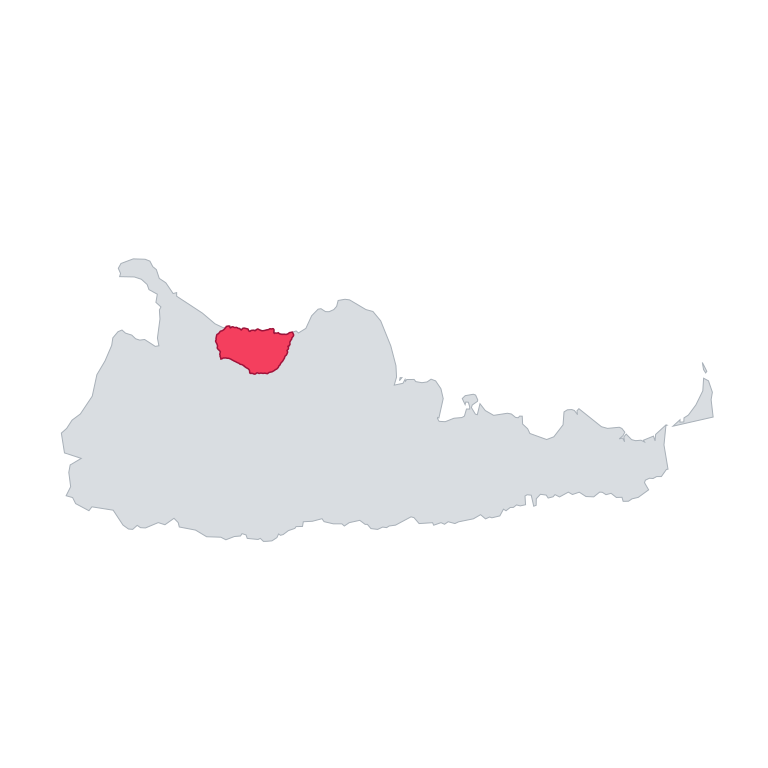 location of Entre Ríos within Argentina, rotated 265°
{"feature_id": "ARG-1309", "entity_name": "Entre Ríos", "entity_type": "Province", "adm_level": 1, "iso_a3": "ARG", "parent_name": "Argentina", "parent_adm1": "", "projection": "orthographic", "projection_center": [-59.178, -32.1], "detail": "fine", "context": "in_parent", "style": "filled", "palette": "rose", "viewbox_px": 768, "rotation_deg": 265, "n_neighbors": 0, "source": "natural_earth", "source_scale": "10m", "svg_char_len": 7564}
<svg xmlns="http://www.w3.org/2000/svg" viewBox="0 0 768 768"><g transform="rotate(265 384 384)"><path d="M458.7,220.9L454.0,228.9L455.0,234.3L450.7,247.0L451.8,249.5L448.3,255.6L449.4,262.1L447.7,268.5L448.4,276.4L447.1,278.8L444.1,279.4L442.0,290.5L444.5,301.1L442.3,303.2L446.2,311.0L458.3,317.9L464.3,324.9L464.5,327.8L461.2,332.0L460.8,335.6L462.5,340.5L465.5,343.6L471.2,345.6L471.8,352.5L470.8,357.0L459.7,372.5L457.2,379.3L447.2,386.2L421.3,394.1L401.2,397.5L389.8,397.1L382.0,394.1L383.0,402.9L386.8,405.4L384.9,405.6L386.5,407.1L385.9,414.4L383.6,415.9L382.0,421.9L382.3,427.1L384.7,431.3L382.6,435.7L374.3,440.3L364.3,441.7L345.3,435.7L346.0,434.5L345.0,434.2L342.0,435.7L341.1,441.7L343.8,450.7L343.8,458.7L345.0,461.3L351.9,464.0L351.6,467.2L353.8,467.4L358.5,466.4L358.9,463.9L356.4,463.0L362.7,460.7L365.3,463.9L366.0,472.1L365.0,474.3L360.0,476.0L358.6,475.6L355.4,470.1L352.9,469.0L346.0,472.4L345.3,474.3L356.0,477.9L348.7,482.6L343.2,490.5L344.1,504.4L343.0,508.3L339.2,512.2L338.7,514.8L340.2,516.3L339.9,518.9L332.0,518.6L326.9,523.2L322.0,525.0L314.5,541.2L316.6,548.6L327.7,558.8L340.5,560.9L342.3,564.4L342.2,568.8L341.0,571.4L336.6,574.1L340.5,573.9L342.4,576.0L322.5,596.9L320.3,602.8L320.4,614.6L319.0,617.1L315.0,619.7L311.7,617.6L308.8,613.5L309.4,617.0L305.5,618.6L310.4,618.3L313.0,620.9L307.0,625.8L305.6,629.7L305.6,635.1L303.5,638.5L305.4,637.6L308.6,647.9L303.7,649.1L310.1,650.2L318.7,661.4L318.3,662.4L317.9,661.2L298.9,657.6L274.4,659.5L274.3,657.9L267.6,652.2L268.0,647.5L266.4,643.8L267.0,640.2L265.4,636.0L263.0,634.9L255.5,638.4L248.9,627.4L248.0,621.1L245.9,617.3L246.3,612.0L250.4,611.2L250.7,605.6L255.3,600.7L254.4,595.5L257.1,592.1L257.5,589.4L253.3,583.1L254.3,575.4L259.2,569.1L257.5,562.1L260.2,558.2L256.2,549.0L258.9,544.7L256.9,542.6L256.1,537.6L259.2,535.9L260.5,530.2L256.4,525.7L249.9,525.0L249.2,522.5L260.4,521.0L261.2,516.9L260.1,514.7L251.4,514.5L250.7,509.1L252.0,505.5L249.8,502.2L250.0,499.0L247.1,494.5L248.9,492.1L242.5,487.9L241.3,479.8L242.3,477.7L240.8,473.4L245.4,468.8L241.9,461.3L240.2,446.3L238.8,442.5L241.2,435.9L239.0,432.1L240.9,428.7L239.0,421.2L241.6,420.3L241.9,406.8L248.3,402.2L249.3,399.3L242.4,383.2L242.1,376.8L240.7,374.1L241.6,370.2L239.7,365.0L241.1,358.4L245.6,355.2L245.8,353.0L250.3,348.0L248.9,337.3L246.0,332.1L248.4,329.8L249.1,321.4L252.1,312.3L255.2,310.5L253.5,300.7L253.8,291.6L249.2,290.4L249.6,284.0L247.9,282.6L246.3,276.0L242.8,270.4L242.3,267.7L243.8,265.9L240.3,263.9L237.5,258.7L237.5,253.6L237.7,250.2L241.0,247.3L240.1,245.0L242.1,234.3L245.7,233.4L247.3,229.5L245.1,227.8L245.1,221.6L242.6,212.9L245.6,208.1L247.3,194.0L254.9,183.5L259.4,167.6L263.9,166.9L268.5,163.1L262.9,153.5L265.6,147.0L261.4,133.9L262.1,128.9L264.7,125.8L261.1,121.0L261.8,116.8L266.2,111.7L281.9,103.2L287.1,82.3L283.5,79.0L291.7,66.4L298.0,63.9L300.4,57.6L309.0,62.9L323.4,62.3L330.7,64.3L336.3,75.9L343.2,59.7L363.2,58.3L367.4,64.0L375.2,70.1L380.6,78.9L397.3,92.3L418.3,98.8L431.3,108.1L446.2,116.1L453.6,117.9L459.3,123.6L460.6,127.7L457.2,130.9L454.7,137.0L450.7,140.5L449.0,144.5L449.2,149.4L441.4,159.4L441.7,163.1L449.5,162.3L468.3,166.5L477.3,166.7L480.2,168.5L485.2,163.9L493.2,166.0L498.5,158.1L503.8,156.7L509.5,151.4L512.4,144.6L514.0,130.0L517.1,131.2L522.4,129.4L527.0,132.5L530.5,145.1L529.1,156.9L526.8,161.5L521.0,163.9L517.8,167.2L508.8,169.3L503.8,175.5L492.5,181.8L493.1,185.4L489.5,185.1L470.5,209.2L458.7,220.9ZM322.4,709.0L316.8,668.2L322.6,675.8L320.2,675.5L320.1,679.4L324.1,679.9L326.5,684.5L336.0,692.9L349.4,701.0L361.9,702.9L358.9,707.5L347.2,710.4L339.9,708.5L322.4,709.0ZM367.0,705.4L370.5,703.6L377.7,703.0L368.5,706.7L367.0,705.4ZM388.9,400.6L388.8,402.4L386.0,399.7L388.9,400.6Z" fill="#d9dde1" stroke="#a8b0b8" stroke-width="1"/><path d="M448.0,266.1L447.7,267.0L447.6,267.9L447.8,270.3L448.1,271.7L448.3,273.8L448.5,274.2L448.9,274.9L449.0,275.2L448.9,275.6L448.7,276.4L448.6,276.8L448.8,277.7L448.8,278.2L448.7,278.5L448.0,279.0L447.8,279.1L447.4,279.1L447.2,279.1L444.8,278.7L444.2,279.0L444.0,279.4L444.3,279.6L444.3,279.9L444.2,280.1L444.2,280.6L444.0,281.5L444.0,281.9L444.2,282.7L444.3,283.2L444.1,283.4L443.8,283.5L443.5,283.9L443.0,284.6L442.7,285.3L442.4,286.2L442.3,287.1L442.2,287.9L442.3,288.8L442.3,289.0L442.1,289.4L441.9,290.9L441.9,291.3L442.1,292.1L442.4,292.8L443.3,294.1L443.4,294.4L443.5,294.8L443.5,295.8L443.7,296.9L443.7,297.1L443.6,297.3L442.7,297.6L441.2,298.2L440.4,298.2L439.7,297.9L438.0,296.3L437.7,296.2L436.9,296.0L436.6,295.8L435.7,295.0L434.5,294.2L434.2,294.0L433.9,293.8L433.4,293.8L431.7,293.8L431.5,293.7L431.4,293.4L431.1,293.2L430.9,293.2L430.7,293.2L430.4,293.1L430.2,292.7L430.2,292.3L430.2,292.0L430.0,291.7L429.9,291.6L429.5,291.7L429.5,291.8L429.4,292.0L427.9,292.0L427.0,291.6L426.4,290.8L425.7,290.3L424.8,290.6L424.3,290.8L423.7,290.6L421.5,289.4L421.3,289.2L420.6,288.2L420.3,287.9L420.0,287.7L419.2,287.3L418.8,287.2L418.5,287.1L415.7,285.1L413.5,282.8L412.7,282.4L412.2,282.1L411.8,281.8L411.7,281.6L411.5,281.3L411.2,280.9L410.9,280.7L410.6,280.6L410.3,280.5L409.3,279.7L408.3,278.5L408.2,278.3L407.8,277.0L407.7,276.8L407.5,276.6L407.4,276.6L407.1,276.1L406.2,274.2L405.9,273.5L405.8,272.7L405.6,270.9L405.5,270.5L405.3,270.2L404.7,269.2L404.5,268.9L404.5,268.5L404.6,268.1L405.0,266.8L405.1,266.4L405.2,266.0L405.1,264.8L405.1,264.4L405.2,264.0L405.5,262.8L405.6,262.4L405.6,261.9L405.4,260.8L405.4,260.4L405.6,260.0L406.1,259.0L406.2,258.6L406.1,258.2L405.9,257.8L405.4,257.1L405.2,256.7L405.1,256.2L405.2,255.7L405.3,255.2L405.8,254.5L405.9,254.3L406.0,254.1L406.0,253.4L406.2,252.8L406.3,252.5L406.2,252.3L406.3,252.2L406.2,252.0L406.2,251.9L406.3,251.7L406.5,251.4L407.1,251.2L407.4,251.2L407.8,251.2L408.9,251.2L409.3,251.1L409.6,251.0L410.0,250.8L410.3,250.6L410.9,250.1L411.4,249.5L412.2,248.2L412.7,247.7L412.9,247.4L413.0,247.2L413.3,247.0L413.5,246.9L413.7,246.5L413.8,246.3L414.0,246.3L414.1,246.2L414.3,246.1L414.5,246.0L414.5,245.9L414.9,245.3L415.6,244.4L415.7,244.2L416.2,242.4L416.4,242.2L417.1,241.5L417.3,241.3L418.3,239.4L419.3,237.9L420.0,236.6L420.8,235.5L421.2,234.8L422.1,233.6L423.1,231.7L423.2,231.3L423.3,230.2L423.4,229.8L423.7,228.8L423.8,228.4L423.8,227.3L423.9,226.5L423.9,226.2L423.8,225.9L423.3,224.9L423.2,224.6L423.1,223.7L424.5,223.6L425.8,223.1L426.0,223.1L426.5,223.3L427.8,223.0L428.7,223.2L430.3,223.8L431.7,223.0L432.0,222.7L432.8,221.9L433.8,221.3L434.2,221.1L434.4,221.0L435.0,221.1L436.0,221.4L436.5,221.5L438.1,221.2L438.4,221.0L438.8,220.9L441.0,220.0L441.5,220.0L441.9,220.1L442.1,220.2L442.5,220.5L442.8,220.6L443.2,220.7L444.0,220.6L447.4,221.6L447.9,222.0L448.1,222.3L448.3,222.8L448.5,223.3L448.9,223.8L449.9,224.8L450.7,225.4L450.9,225.8L450.9,226.1L451.1,227.0L451.2,227.5L451.9,228.9L452.0,229.1L454.0,231.2L454.9,232.0L455.1,232.0L455.2,232.6L455.2,232.9L455.3,233.4L455.3,234.3L455.3,234.5L455.2,235.0L455.1,235.3L454.8,235.3L454.5,235.3L453.7,235.5L453.4,235.7L453.3,236.0L453.4,236.3L454.1,237.4L454.2,238.3L453.9,239.0L453.4,239.6L453.2,240.5L453.3,241.4L453.3,241.9L453.1,242.2L452.8,242.9L452.6,243.1L452.4,243.3L452.2,243.4L452.1,243.8L452.0,244.7L451.8,245.1L451.5,245.3L450.9,245.7L450.6,246.0L450.3,246.6L450.7,247.1L450.9,247.3L451.4,247.6L451.8,248.2L451.9,249.1L451.8,250.0L450.7,253.1L450.5,253.4L450.1,253.5L449.3,253.7L448.9,253.8L448.7,254.0L448.2,254.6L448.1,255.0L448.3,255.4L448.8,256.0L449.0,256.6L449.0,257.5L449.0,258.4L448.8,259.2L448.4,259.8L448.3,260.2L448.5,260.6L449.6,262.2L449.8,262.8L449.7,263.4L448.6,265.0L448.2,265.9L448.0,266.1L448.0,266.1Z" fill="#f43f5e" stroke="#9f1239" stroke-width="1.5"/></g></svg>